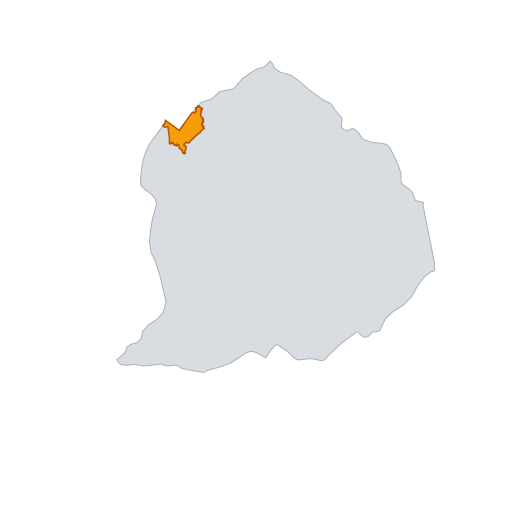 Mbire, Mashonaland Central, Zimbabwe (highlighted), rotated 306°
{"feature_id": "62879985B94368680034661", "entity_name": "Mbire", "entity_type": "district", "adm_level": 2, "iso_a3": "ZWE", "parent_name": "Zimbabwe", "parent_adm1": "Mashonaland Central", "projection": "albers", "projection_center": [30.66, -16.018], "detail": "fine", "context": "in_parent", "style": "filled", "palette": "amber", "viewbox_px": 512, "rotation_deg": 306, "n_neighbors": 0, "source": "geoboundaries", "source_scale": "gbopen_adm2", "svg_char_len": 6896}
<svg xmlns="http://www.w3.org/2000/svg" viewBox="0 0 512 512"><g transform="rotate(306 256 256)"><path d="M349.2,409.1L345.4,406.5L340.2,404.9L333.6,404.1L325.0,404.4L314.4,405.8L303.0,404.1L290.9,399.3L280.8,397.7L268.8,399.8L268.3,399.9L266.2,398.3L262.8,394.8L257.3,394.2L255.8,393.4L254.6,392.1L253.8,390.4L253.5,388.6L254.3,382.8L253.8,382.1L252.3,381.5L249.3,380.8L242.1,378.2L232.9,375.8L218.1,373.1L212.3,372.5L211.0,371.7L209.3,369.5L206.4,362.9L203.6,358.6L197.2,351.9L196.1,349.8L196.3,344.4L196.8,340.1L197.4,336.4L197.0,332.9L196.9,328.6L197.0,325.7L196.2,324.5L193.8,323.7L187.2,323.4L179.2,323.7L178.9,319.3L178.0,312.6L176.4,308.7L174.6,306.7L170.8,304.6L163.3,301.9L153.1,297.7L144.3,291.4L134.2,283.5L131.0,282.1L127.2,274.6L121.3,261.7L121.5,257.4L120.6,255.3L115.0,249.0L113.7,245.7L112.7,242.4L103.8,233.2L100.7,229.2L98.3,224.0L95.9,219.9L94.0,218.2L91.4,215.4L89.6,212.2L88.8,209.8L89.3,206.5L90.1,204.3L98.5,206.4L103.0,206.5L106.6,205.2L111.0,206.7L116.3,210.8L122.1,211.5L128.2,208.7L136.6,209.3L147.1,213.3L155.9,214.0L166.2,210.1L175.2,199.5L183.8,189.6L192.2,178.2L197.3,169.0L204.8,161.4L214.7,155.6L224.9,150.6L240.5,144.6L243.5,139.7L244.5,134.3L244.5,126.9L245.3,122.1L246.9,119.9L249.5,118.2L252.8,115.9L263.1,110.2L271.8,106.6L282.3,104.1L293.9,104.1L305.0,104.0L311.3,104.0L311.4,111.1L311.9,119.2L313.2,119.9L321.5,120.1L334.9,120.7L347.9,121.2L356.1,127.1L358.9,128.3L367.4,129.9L378.3,139.7L391.5,140.7L400.5,143.8L408.5,147.2L413.0,151.2L416.0,152.2L420.0,152.5L421.9,152.9L421.5,155.8L418.7,160.6L419.0,167.6L422.6,177.3L423.0,185.7L421.7,200.5L421.6,214.9L421.9,220.0L422.5,223.4L423.2,225.3L423.1,227.4L420.8,233.4L419.0,239.7L418.9,242.2L418.2,244.0L416.9,245.6L411.2,248.4L410.2,250.2L410.2,253.5L410.9,256.3L413.0,257.3L415.6,258.9L416.5,261.0L416.5,263.1L415.7,267.1L413.3,273.8L415.5,281.4L418.0,286.4L421.5,292.2L422.9,295.8L422.8,298.3L422.2,300.8L416.9,311.2L413.0,317.7L408.3,324.6L402.2,328.9L400.6,331.0L400.0,333.4L400.2,338.6L399.8,344.1L394.6,352.4L397.7,359.7L397.0,360.3L395.2,361.4L387.7,369.4L380.1,377.6L374.6,383.6L368.3,390.4L361.2,398.0L355.2,404.5L349.2,409.1Z" fill="#d9dde1" stroke="#a8b0b8" stroke-width="1"/><path d="M341.6,120.7L341.4,120.9L341.0,120.7L340.4,121.0L340.3,120.8L340.4,120.6L340.5,120.5L340.5,120.3L340.4,120.1L340.1,120.7L339.9,120.9L339.5,121.1L339.0,121.0L338.8,121.1L338.6,121.7L338.7,121.9L338.3,122.4L338.1,122.4L337.9,122.7L337.6,122.8L337.1,122.8L336.9,122.7L336.7,122.5L336.4,122.4L336.0,122.1L335.9,121.8L335.7,121.7L335.8,121.6L335.7,121.5L335.8,121.3L335.3,120.6L335.1,120.5L334.8,120.3L334.6,120.4L333.9,120.0L333.6,120.0L322.6,120.1L315.4,120.2L312.5,120.2L312.5,102.9L312.2,103.0L311.8,103.4L311.7,103.4L311.3,103.7L310.7,104.0L310.3,104.0L309.5,104.4L309.3,104.4L309.0,104.3L308.6,104.2L308.1,104.0L307.4,104.0L306.5,104.1L306.5,105.1L306.6,106.7L307.7,107.3L308.7,108.8L300.7,116.5L296.4,119.6L296.4,119.9L296.1,120.2L296.2,120.3L296.4,120.3L296.5,120.3L296.6,120.2L296.8,120.2L296.9,120.4L296.8,120.7L296.7,120.8L296.9,120.9L296.9,121.1L297.0,121.2L297.2,121.4L297.4,121.4L297.3,121.5L297.6,121.7L297.7,121.8L297.9,121.7L298.0,121.9L298.2,121.7L298.3,121.9L298.2,122.0L298.4,122.2L298.8,122.1L298.8,122.3L298.5,122.4L298.5,122.8L298.5,123.0L298.4,123.0L298.2,123.2L298.3,123.3L298.4,123.5L298.2,123.6L298.0,123.8L297.6,124.3L297.6,124.6L297.7,124.9L297.9,124.9L297.9,125.1L297.8,125.3L297.9,125.5L298.1,125.6L298.5,125.6L298.7,125.8L298.4,125.9L298.6,125.9L298.6,126.0L298.4,126.1L298.6,126.4L298.9,126.8L299.0,127.3L299.3,127.6L299.1,127.6L299.4,127.9L299.6,128.0L299.7,127.9L299.7,127.5L299.8,127.5L300.0,127.7L300.2,127.4L300.2,127.7L300.3,128.2L300.2,128.4L300.0,128.6L299.7,128.7L299.5,128.9L299.4,129.3L299.0,129.8L298.8,129.9L298.6,130.1L298.3,130.5L298.1,130.5L298.2,131.4L298.1,131.9L298.3,132.6L298.3,133.0L298.1,133.2L298.1,133.3L298.3,133.4L298.0,133.9L298.2,134.1L297.9,134.5L297.4,134.7L296.9,135.2L297.0,135.4L297.0,135.7L296.7,135.8L296.7,136.2L296.5,136.4L296.5,136.5L296.4,136.7L296.3,137.2L296.4,137.5L296.6,137.9L296.8,138.0L297.0,138.2L297.5,138.2L297.7,138.4L297.8,138.4L297.9,138.2L297.7,137.9L297.8,137.6L298.0,137.1L298.5,137.0L298.8,137.1L299.0,137.0L299.3,136.9L300.4,136.8L300.5,136.8L300.8,136.5L301.3,136.2L302.6,136.0L302.8,135.9L303.2,135.4L303.3,135.0L303.2,134.7L303.1,134.4L303.5,134.2L303.3,133.9L303.2,133.7L303.2,133.2L303.2,132.6L303.6,132.3L304.4,132.1L304.6,132.2L304.8,132.2L305.0,132.4L304.9,132.5L305.2,132.6L305.7,132.4L306.2,132.4L306.6,132.5L307.0,132.7L307.2,132.9L307.3,133.3L307.3,134.2L307.4,134.4L307.8,134.4L307.8,134.5L308.0,134.8L307.9,135.1L308.0,135.2L308.1,135.3L308.3,135.3L308.9,135.3L309.1,135.3L309.8,135.5L310.0,135.5L310.4,135.3L310.7,135.4L311.2,135.4L312.7,135.5L312.8,135.5L312.9,136.0L313.0,136.0L313.4,136.0L313.9,136.1L314.3,136.2L314.6,136.2L315.1,136.2L315.5,136.0L316.0,136.2L316.2,136.4L317.1,136.5L317.5,136.6L318.0,136.8L318.9,136.9L319.4,137.0L320.0,137.2L320.9,137.1L321.2,137.2L321.4,137.6L321.9,137.8L322.3,138.2L322.8,138.1L324.2,138.1L325.2,138.0L326.7,138.4L327.7,138.8L328.6,139.0L328.6,138.9L328.8,138.8L328.8,138.5L328.7,138.4L328.7,138.1L328.8,137.9L328.9,137.7L329.0,137.7L329.1,137.3L329.3,137.4L329.2,137.1L329.3,137.1L329.5,137.0L329.7,136.6L329.8,136.5L329.9,136.3L330.0,136.4L330.0,136.2L330.2,135.9L330.3,136.0L330.3,135.9L330.5,135.8L330.5,135.6L330.4,135.3L330.7,135.3L330.8,135.1L330.6,135.2L330.8,135.0L331.0,135.0L331.0,134.9L330.9,134.9L331.0,134.8L330.9,134.7L331.1,134.6L331.2,134.4L331.3,134.5L331.4,134.4L331.6,134.4L331.8,134.3L332.0,134.3L332.3,134.6L332.5,134.5L332.7,134.4L332.9,134.4L333.0,134.5L333.0,134.4L333.1,134.2L333.3,134.2L333.3,134.3L333.5,134.3L333.5,134.2L333.9,134.1L334.0,134.1L334.1,133.9L334.2,134.1L334.2,133.9L334.3,133.8L334.1,133.6L334.4,133.5L334.4,133.4L334.5,133.6L334.7,133.4L334.9,133.3L335.1,133.4L335.1,133.2L335.3,133.2L335.3,133.3L335.5,133.2L335.8,133.0L335.8,132.9L335.5,132.9L335.7,132.5L335.6,132.1L335.8,132.0L336.1,131.9L336.3,131.9L336.3,131.7L336.1,131.6L336.1,131.4L336.4,131.3L336.5,131.2L336.5,130.8L336.4,130.8L336.4,130.6L336.4,130.4L336.8,129.5L336.8,128.9L337.6,128.5L338.1,127.8L338.3,127.6L338.9,127.7L339.1,127.6L339.4,127.6L339.6,127.4L339.9,127.2L340.1,127.0L340.3,127.1L340.5,126.9L340.5,126.6L340.6,126.4L340.9,126.4L341.0,126.6L341.3,126.3L341.2,126.3L341.2,126.2L341.3,126.1L341.9,126.2L342.2,126.1L342.2,126.4L342.6,126.4L342.6,126.2L342.8,126.1L342.7,125.8L342.7,125.6L342.6,125.4L343.0,125.3L343.3,125.5L343.4,125.4L343.5,125.5L343.6,125.4L343.6,125.2L343.7,125.3L343.7,125.1L343.6,124.9L343.7,124.6L343.5,124.4L343.4,124.2L343.5,123.8L343.4,123.7L343.4,123.2L343.5,122.5L343.9,122.3L343.9,122.2L343.6,122.1L343.1,122.6L342.9,122.4L342.9,122.1L343.1,122.0L343.6,121.4L343.4,121.3L343.0,121.5L342.8,121.4L342.6,121.4L342.4,121.2L342.7,120.7L342.1,120.8L341.6,120.7Z" fill="#f59e0b" stroke="#b45309" stroke-width="1.5"/></g></svg>